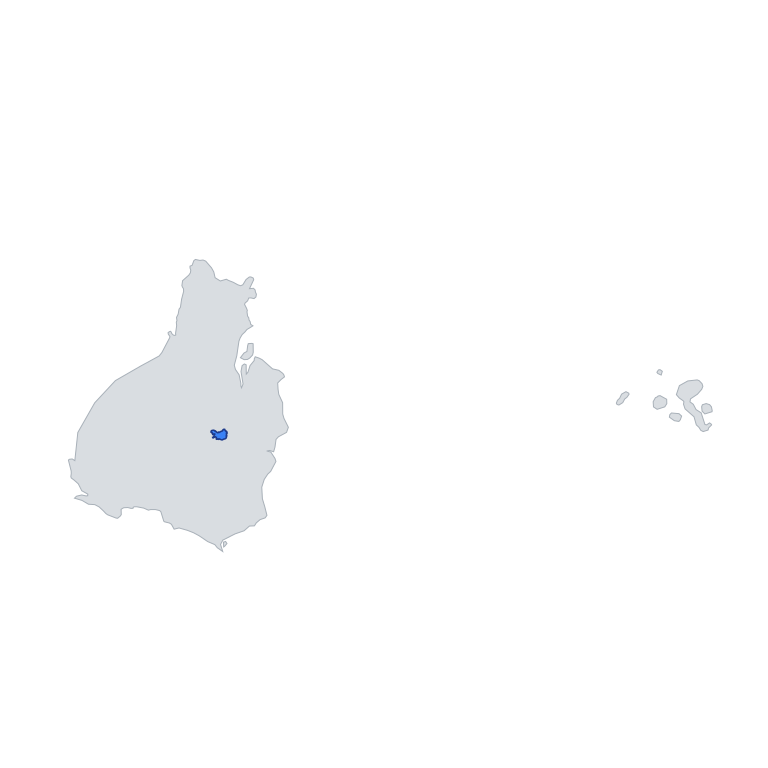 location of Pangua, Cotopaxi, Ecuador, rotated 173°
{"feature_id": "8360857B45229230453028", "entity_name": "Pangua", "entity_type": "district", "adm_level": 2, "iso_a3": "ECU", "parent_name": "Ecuador", "parent_adm1": "Cotopaxi", "projection": "natural_earth1", "projection_center": [-79.148, -1.101], "detail": "fine", "context": "in_parent", "style": "filled", "palette": "blue", "viewbox_px": 768, "rotation_deg": 173, "n_neighbors": 0, "source": "geoboundaries", "source_scale": "gbopen_adm2", "svg_char_len": 6807}
<svg xmlns="http://www.w3.org/2000/svg" viewBox="0 0 768 768"><g transform="rotate(173 384 384)"><path d="M705.1,308.4L702.9,310.1L697.6,310.7L693.3,309.2L691.7,309.2L691.4,310.8L697.0,314.9L699.6,322.2L703.5,326.6L705.9,328.9L706.1,330.4L705.3,333.3L705.1,335.8L706.5,346.9L705.6,347.6L702.6,347.6L700.2,345.6L693.8,373.2L673.4,400.6L650.2,420.1L623.5,431.4L603.8,439.2L600.7,442.2L591.1,456.0L590.7,457.3L592.0,459.7L592.1,461.2L590.7,462.1L589.4,462.3L588.9,461.5L588.5,459.9L587.1,458.2L585.6,457.7L584.7,458.1L584.7,459.7L582.7,467.1L582.6,470.7L581.8,472.1L581.8,475.4L579.8,478.4L578.3,483.3L576.7,484.9L574.6,492.7L571.6,500.3L571.4,503.0L572.3,504.9L572.6,506.4L571.3,511.1L564.5,515.8L562.6,518.0L561.9,520.6L562.4,522.8L562.2,524.6L560.0,525.2L557.7,529.6L556.0,530.6L551.7,529.1L548.5,529.1L546.0,527.7L541.1,520.4L539.3,516.0L538.7,510.1L533.9,506.2L527.7,507.2L525.8,505.8L521.2,503.3L517.2,500.4L514.3,499.0L512.0,499.7L508.2,504.5L504.7,506.6L503.1,506.5L500.9,505.1L500.6,503.4L505.9,495.0L501.9,494.9L500.5,493.1L500.4,490.9L499.7,488.7L500.5,486.0L502.6,484.6L505.7,485.7L507.8,485.8L509.2,483.2L512.1,481.2L512.7,480.0L511.2,475.9L510.7,473.6L511.2,472.4L511.1,467.9L510.2,466.3L510.1,463.8L509.3,462.4L509.0,459.4L507.0,457.7L513.4,454.8L515.8,452.5L518.7,450.4L521.2,447.2L522.8,444.1L526.7,429.9L530.3,420.9L529.7,416.6L526.7,410.8L526.0,402.2L526.3,399.6L525.9,397.6L523.9,401.2L524.4,413.8L522.6,419.5L520.2,420.9L518.5,419.9L519.5,410.6L517.6,412.3L514.7,418.6L509.9,423.2L509.7,424.8L508.5,426.7L504.8,424.9L502.0,423.0L492.8,412.6L486.7,410.4L483.1,406.8L482.3,405.3L481.9,403.2L485.6,401.0L489.4,398.0L489.8,391.6L489.7,386.5L486.9,377.8L488.2,366.5L487.5,362.1L484.2,352.7L486.6,347.9L495.2,344.5L497.9,342.2L499.9,334.7L501.8,330.2L505.6,332.0L508.6,331.8L504.6,330.2L501.3,323.4L500.7,320.3L507.1,311.1L510.4,308.7L514.5,303.9L517.9,296.5L518.7,284.9L517.3,276.7L516.2,267.9L518.3,265.6L523.5,264.5L527.7,261.7L529.9,259.0L534.9,259.4L540.7,255.4L550.0,253.4L563.0,248.7L565.8,244.7L564.5,237.4L569.4,241.8L571.5,245.2L578.2,249.1L586.1,256.0L591.2,259.6L596.9,262.7L605.0,266.1L610.0,265.5L612.1,270.7L614.0,272.2L618.7,274.0L619.3,274.7L621.0,284.3L622.1,285.7L626.1,287.2L631.1,287.8L633.2,287.5L637.6,290.1L644.4,292.3L646.8,292.6L647.9,292.2L648.3,291.2L650.3,291.4L653.3,292.6L657.5,292.9L660.2,291.7L660.7,286.4L661.7,285.2L664.7,283.2L666.3,283.6L674.3,287.9L675.9,289.4L678.0,292.3L681.7,296.7L685.7,299.5L692.0,300.7L698.0,305.3L705.1,308.4ZM76.6,302.5L79.0,305.4L80.3,313.7L88.2,322.6L89.2,327.5L88.5,329.8L88.9,330.7L92.7,334.2L95.1,337.8L91.0,346.4L82.1,350.0L72.7,349.9L70.8,348.9L68.3,345.6L67.8,342.8L69.3,340.0L74.1,335.7L81.6,331.9L82.5,329.0L79.5,326.2L77.4,320.6L72.7,316.7L70.4,304.7L68.8,304.1L65.6,305.7L64.1,304.3L63.8,303.5L67.2,300.8L68.0,298.8L73.0,297.9L75.2,299.4L76.6,302.5ZM113.4,338.7L111.4,338.8L105.3,334.4L105.7,330.0L108.1,327.1L116.0,325.6L119.3,328.4L119.0,333.6L116.3,337.3L114.2,338.0L113.4,338.7ZM514.6,438.8L513.8,440.6L510.1,440.4L509.0,439.9L509.9,431.5L510.9,428.8L514.0,426.2L516.5,425.0L519.8,425.2L523.3,427.6L519.2,431.8L516.1,433.0L514.6,438.8ZM70.5,324.6L66.6,325.3L63.3,323.8L61.8,321.4L61.5,317.7L61.8,316.5L69.2,315.2L71.6,318.3L71.5,322.7L70.5,324.6ZM149.4,345.0L144.8,346.9L142.2,345.1L142.0,344.0L144.5,341.2L147.0,339.7L149.3,336.4L153.4,334.5L154.6,335.0L155.4,335.6L155.7,336.7L154.3,339.3L151.8,341.2L149.4,345.0ZM104.0,318.8L102.2,320.2L94.8,318.6L92.5,315.9L94.3,312.3L95.9,310.9L100.3,312.2L104.8,316.3L104.0,318.8ZM109.9,364.5L108.3,364.6L106.2,362.7L107.8,359.1L110.9,361.0L111.7,362.4L109.9,364.5ZM562.6,246.6L560.4,247.0L559.3,244.8L562.0,242.3L563.0,241.8L562.6,246.6Z" fill="#d9dde1" stroke="#a8b0b8" stroke-width="1"/><path d="M561.5,357.7L561.6,357.4L561.4,357.3L561.4,357.2L561.2,357.0L561.1,356.9L561.0,356.7L560.9,356.7L560.6,356.7L560.4,356.5L560.4,356.4L560.3,356.2L560.2,355.9L560.3,355.9L560.4,355.7L560.3,355.4L560.3,355.2L560.2,355.1L560.2,354.9L559.9,355.0L559.8,354.9L559.7,354.9L559.5,355.0L559.4,354.9L559.2,355.0L558.9,355.1L558.7,355.1L558.6,354.9L558.5,355.0L558.4,355.1L558.2,355.0L558.0,354.9L558.1,354.7L558.3,354.6L558.4,354.3L558.4,354.2L558.5,354.1L558.9,353.9L558.9,353.7L559.0,353.4L559.0,353.2L559.3,353.0L559.4,352.9L559.5,352.8L559.6,352.7L559.7,352.3L560.0,352.1L560.3,351.8L560.5,351.8L560.4,351.5L560.3,351.3L560.0,351.3L559.8,351.5L559.6,351.6L559.3,351.6L559.2,351.7L559.1,351.8L558.8,351.8L558.7,351.9L558.5,352.0L558.1,352.0L557.9,352.2L557.7,352.2L557.5,351.9L557.4,351.7L557.2,351.5L557.1,351.3L556.9,351.3L557.0,350.9L557.1,350.7L557.1,350.2L557.2,349.9L557.0,349.6L556.8,349.6L556.7,349.5L556.4,349.5L556.4,349.8L556.1,349.9L555.7,349.8L555.7,349.7L555.4,349.5L555.2,349.5L555.2,349.4L555.0,349.2L554.8,349.2L554.8,349.3L554.7,349.4L554.6,349.6L554.4,349.7L554.2,349.5L553.8,349.4L553.6,349.4L553.4,349.2L553.2,349.0L552.7,348.7L552.4,348.5L552.1,348.4L551.7,348.3L551.5,348.2L551.3,348.3L551.0,348.4L550.8,348.4L550.7,348.4L550.5,348.5L550.3,348.7L550.2,348.7L550.0,348.8L549.9,348.8L549.7,348.8L549.4,348.9L549.2,348.9L548.9,348.9L548.7,348.8L548.3,349.0L548.2,349.1L547.8,349.2L547.7,349.3L547.5,349.5L547.4,349.6L547.2,349.7L547.2,349.8L547.0,350.0L547.0,350.3L546.9,350.5L546.8,350.8L546.7,350.9L546.7,351.0L546.8,351.1L546.7,351.2L546.8,351.3L546.9,351.5L546.9,351.8L546.8,352.0L546.7,352.1L546.7,352.3L546.8,352.3L546.6,352.3L546.7,352.5L546.4,352.7L546.4,352.9L546.4,353.0L546.4,353.3L546.4,353.5L546.2,353.7L546.2,353.8L546.2,354.0L546.2,354.3L546.1,354.2L545.9,354.3L546.0,354.4L546.0,354.5L545.9,354.7L545.7,354.7L545.7,354.8L545.8,354.8L545.7,354.9L545.7,355.0L545.8,355.0L545.8,355.3L546.0,355.4L546.0,355.5L545.9,355.6L546.0,355.7L545.9,355.7L545.9,355.8L546.0,356.0L546.1,356.3L547.2,357.1L547.4,357.6L547.6,358.4L548.0,358.5L548.2,358.4L548.3,358.4L548.4,358.6L548.5,358.6L548.8,358.5L548.8,358.4L549.0,358.3L549.0,358.2L549.3,358.2L549.5,358.1L549.7,357.9L549.8,357.8L549.8,357.7L550.0,357.5L550.2,357.4L550.2,357.2L550.3,357.2L550.5,357.0L550.8,356.9L551.2,356.8L551.3,356.8L551.5,356.8L551.8,356.8L552.0,356.7L552.3,356.4L552.5,356.4L552.8,356.4L553.0,356.4L553.3,356.1L553.5,356.3L553.8,356.5L553.9,356.4L554.0,356.3L554.2,356.0L554.3,356.0L554.5,356.1L554.8,355.9L555.1,355.9L555.2,356.0L555.3,356.1L555.5,356.2L555.6,356.3L555.8,356.4L555.8,356.5L555.9,356.8L556.1,356.9L556.2,357.0L556.3,357.1L556.5,357.3L556.6,357.5L556.8,357.6L557.0,357.5L557.2,357.8L557.2,358.0L557.4,358.0L557.7,358.0L557.8,358.2L557.8,358.3L557.9,358.5L558.0,358.5L558.5,358.8L558.9,358.9L559.0,358.9L559.2,359.0L559.3,359.0L559.5,359.0L559.7,358.9L559.8,358.9L560.0,358.8L560.1,358.7L560.3,358.7L560.5,358.7L560.5,358.8L560.8,358.8L560.9,358.7L561.0,358.7L561.1,358.4L561.3,358.2L561.5,357.9L561.5,357.7Z" fill="#3b82f6" stroke="#1e3a8a" stroke-width="1.5"/></g></svg>